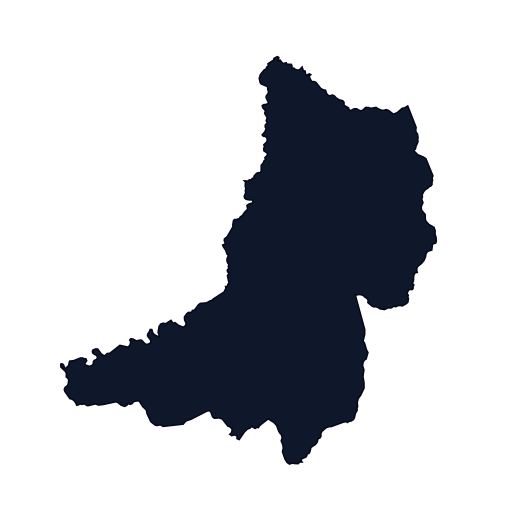 the district of Itacajá, Tocantins, Brazil, rotated 279°
{"feature_id": "56859067B1314671145459", "entity_name": "Itacajá", "entity_type": "district", "adm_level": 2, "iso_a3": "BRA", "parent_name": "Brazil", "parent_adm1": "Tocantins", "projection": "albers", "projection_center": [-47.679, -8.502], "detail": "fine", "context": "isolated", "style": "filled", "palette": "ink", "viewbox_px": 512, "rotation_deg": 279, "n_neighbors": 0, "source": "geoboundaries", "source_scale": "gbopen_adm2", "svg_char_len": 6027}
<svg xmlns="http://www.w3.org/2000/svg" viewBox="0 0 512 512"><g transform="rotate(279 256 256)"><path d="M362.9,418.2L378.7,408.6L380.0,405.8L381.3,400.1L384.9,395.1L386.4,396.7L390.0,397.0L392.4,397.8L394.7,398.1L396.4,397.5L398.6,397.5L401.9,396.4L403.2,394.9L404.7,394.2L408.2,394.0L428.0,382.4L425.4,379.3L424.9,377.4L419.6,372.9L417.6,369.5L420.4,364.4L421.0,361.9L419.6,358.7L419.7,357.0L420.7,353.1L421.6,351.4L419.8,346.2L420.3,344.3L419.9,341.0L417.0,338.8L415.9,337.3L415.9,335.6L417.2,332.3L416.8,329.9L414.4,326.7L415.1,325.1L416.9,324.1L418.3,320.1L419.4,319.1L421.5,319.0L423.0,317.3L423.3,313.8L424.8,310.3L426.5,308.3L427.0,306.3L425.6,303.5L426.4,301.6L427.6,300.3L430.7,298.7L430.6,297.1L431.5,293.9L436.9,288.1L437.4,286.0L437.0,283.8L440.2,281.2L442.5,280.5L443.6,281.8L444.3,280.2L442.1,276.9L446.4,275.6L446.4,273.8L449.9,272.0L446.6,269.7L446.2,267.7L446.4,265.7L447.5,264.1L447.3,261.8L449.2,261.9L450.8,261.0L450.3,256.5L451.6,255.7L450.3,252.4L453.3,249.2L452.5,247.4L455.7,247.5L456.3,246.0L455.1,244.1L453.8,242.7L452.3,242.8L447.8,237.7L446.0,238.4L444.2,237.0L442.1,236.6L441.3,235.1L435.9,231.9L431.9,231.4L427.8,233.0L426.6,234.4L425.1,240.9L422.0,241.6L420.3,242.7L418.3,242.4L415.4,241.0L413.9,241.2L409.1,244.5L407.4,242.5L406.7,239.9L405.5,238.6L403.5,239.5L400.9,242.6L398.2,242.2L394.4,245.4L391.0,244.9L389.7,246.4L386.7,244.6L384.8,244.9L383.5,246.1L380.1,245.3L376.6,243.1L375.4,244.5L375.5,246.7L374.3,248.3L372.0,249.0L370.1,248.6L367.1,246.3L365.3,247.2L363.3,246.8L361.1,247.3L359.4,251.0L357.4,251.4L354.4,249.3L353.1,250.4L351.0,248.9L348.6,248.4L346.5,246.9L340.7,247.8L338.8,247.1L338.8,245.3L337.7,243.5L334.5,241.5L332.7,241.9L332.2,240.2L330.4,239.3L330.2,237.5L328.7,236.1L328.4,232.7L327.1,234.3L325.5,234.1L323.2,234.4L321.0,235.4L318.8,235.2L316.9,235.9L313.2,235.0L311.4,235.7L310.4,237.4L310.3,240.8L310.8,242.8L309.8,244.4L308.1,244.5L306.1,240.6L304.5,239.1L300.9,240.4L297.5,237.9L293.7,236.1L292.3,234.4L290.5,233.8L288.9,230.7L288.7,229.1L287.4,228.2L282.9,228.2L281.5,228.7L270.6,224.5L267.9,222.1L265.9,222.3L264.7,223.3L262.9,223.5L261.7,221.3L260.2,222.1L256.9,225.2L253.3,227.1L252.2,228.7L248.9,227.8L246.9,228.0L244.9,228.9L243.2,230.6L241.5,230.2L239.7,231.0L237.5,229.8L235.8,230.4L235.2,232.2L232.2,230.8L224.8,233.6L223.7,232.6L221.5,232.4L221.1,230.7L219.5,231.3L215.5,230.1L206.7,220.3L205.2,219.3L204.6,217.8L202.0,214.5L200.5,208.4L198.9,206.8L192.8,203.6L192.3,201.7L190.3,201.2L189.7,198.0L188.0,196.5L184.5,194.8L181.6,195.5L178.4,197.6L176.0,197.1L174.3,195.2L175.4,190.3L177.6,186.4L176.5,184.8L179.2,182.1L174.9,177.3L175.2,175.0L173.9,172.5L171.5,171.3L167.2,171.2L164.9,171.3L163.1,172.6L160.9,172.6L162.3,168.3L163.6,166.3L167.1,164.6L166.9,162.9L165.3,162.7L161.9,161.2L160.1,161.3L156.3,165.1L154.6,165.6L153.1,164.8L152.1,163.3L151.6,161.8L152.0,160.0L154.9,156.4L154.9,154.7L153.4,151.1L154.8,147.5L154.6,145.1L153.2,144.4L151.9,145.5L150.3,145.7L148.1,145.3L146.0,143.9L146.5,135.5L137.0,126.8L136.5,124.3L133.9,122.3L134.1,120.4L135.4,118.2L139.3,114.3L139.3,112.5L137.8,109.7L135.9,109.3L134.3,110.2L132.7,114.2L130.8,115.4L128.7,114.5L127.7,112.6L126.3,111.9L123.9,112.2L122.3,111.1L121.0,108.9L121.7,104.5L123.0,103.7L126.2,105.2L127.9,104.0L127.7,102.2L128.2,100.5L127.8,98.5L124.1,92.2L123.0,88.3L118.4,88.0L116.9,86.7L115.1,86.0L115.9,84.3L118.0,83.2L119.1,81.9L119.1,80.3L117.3,80.2L115.6,80.8L112.4,85.5L110.4,87.1L106.8,87.5L106.0,89.1L104.3,90.4L100.1,90.5L98.7,90.1L96.3,87.9L94.2,87.5L92.3,88.4L86.0,94.5L85.8,96.8L84.6,99.0L82.7,100.9L80.5,102.3L81.2,104.0L82.4,105.1L82.2,106.8L83.2,110.7L82.0,111.6L81.8,113.4L84.8,120.6L84.1,123.7L85.4,128.3L90.1,140.5L89.5,142.8L87.5,146.2L86.9,149.9L88.4,151.8L90.2,152.8L89.8,155.0L90.9,156.8L92.9,157.8L94.1,160.6L94.5,163.3L89.6,167.6L86.8,171.7L83.0,173.2L75.9,178.0L73.2,182.8L73.1,184.9L74.0,187.1L74.1,189.0L73.1,190.7L78.5,210.4L80.8,211.7L82.7,213.5L84.3,217.0L95.2,231.9L95.9,234.3L94.7,235.9L90.4,238.2L89.2,240.2L90.3,244.8L89.7,248.2L83.6,254.7L83.0,257.2L81.5,259.4L79.3,259.6L77.2,259.2L75.8,257.9L74.7,260.1L75.7,262.0L75.9,263.7L74.9,265.6L72.7,265.7L72.0,268.1L80.4,272.1L83.5,274.4L85.3,277.3L87.0,278.2L85.5,282.1L86.8,283.5L86.8,285.2L88.6,285.9L90.6,287.5L97.0,293.5L94.4,299.7L91.8,302.9L86.4,305.9L84.8,307.2L83.7,308.9L80.7,310.3L77.3,309.8L74.0,311.9L70.5,313.0L66.9,312.7L60.1,316.3L56.9,319.0L55.7,321.6L57.2,324.6L57.0,326.6L57.5,330.3L59.3,331.2L59.7,333.8L61.0,332.6L62.6,332.6L65.1,336.6L66.7,337.4L68.4,337.5L69.4,339.3L71.2,339.9L75.5,340.2L79.2,344.2L81.5,345.5L85.3,346.0L86.3,347.7L88.2,348.4L90.9,347.8L93.3,348.7L97.4,352.2L99.0,355.2L99.2,356.9L105.6,368.4L106.5,370.9L105.9,372.5L107.2,373.8L108.0,376.0L109.4,377.6L111.5,378.5L115.9,378.8L119.6,380.1L121.0,379.6L123.2,379.9L127.3,378.9L131.3,379.3L134.9,381.2L142.4,383.4L147.8,382.5L153.8,380.5L160.5,380.4L164.0,378.6L166.0,378.3L168.7,378.7L170.5,379.7L171.5,380.9L178.2,381.7L180.5,379.9L187.3,376.6L188.6,375.1L195.7,375.6L200.4,374.9L233.5,360.0L233.2,361.6L234.0,363.5L234.2,366.2L233.4,368.7L232.1,370.4L231.7,371.9L230.4,373.2L229.0,373.9L227.5,373.7L224.6,378.5L224.2,380.5L224.6,382.1L224.4,384.1L223.2,386.7L223.2,388.8L223.2,391.3L225.6,394.9L225.6,396.7L226.1,398.1L227.8,399.6L227.8,402.1L229.1,403.9L229.7,406.2L229.5,408.1L232.1,411.6L234.0,413.2L237.7,413.3L239.2,412.4L241.0,412.6L242.6,411.1L244.6,411.5L246.3,412.1L247.1,413.6L247.2,415.5L248.6,416.3L250.2,415.9L252.1,416.5L253.2,414.9L256.8,415.4L260.7,414.9L262.6,415.1L264.4,416.0L265.0,417.9L266.7,417.1L269.1,416.8L271.2,417.5L274.2,420.4L278.0,422.7L282.0,423.6L284.4,423.5L286.3,424.2L287.6,425.1L289.3,428.7L295.0,428.5L296.1,429.8L296.8,431.5L298.8,431.8L302.7,430.9L305.8,429.4L309.1,429.0L312.2,427.3L314.2,421.9L316.5,419.0L318.0,417.7L323.5,416.6L327.2,412.3L330.6,411.5L334.8,412.6L338.2,410.7L340.0,411.2L342.7,410.6L346.1,411.7L348.2,413.1L350.0,415.2L351.6,416.2L352.4,417.7L354.2,418.7L356.4,418.3L358.5,418.5L360.6,417.8L362.9,418.2Z" fill="#0f172a" stroke="#020617" stroke-width="1.5"/></g></svg>